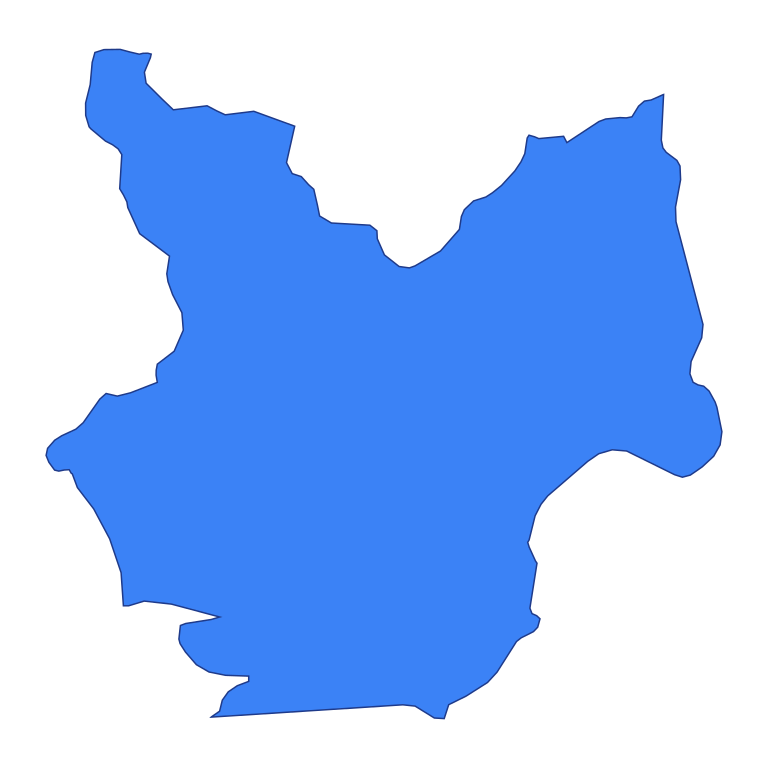 an SVG outline of Choluteca
{"feature_id": "HND-661", "entity_name": "Choluteca", "entity_type": "Department", "adm_level": 1, "iso_a3": "HND", "parent_name": "Honduras", "parent_adm1": "", "projection": "orthographic", "projection_center": [-87.137, 13.37], "detail": "fine", "context": "isolated", "style": "filled", "palette": "blue", "viewbox_px": 768, "rotation_deg": 0, "n_neighbors": 0, "source": "natural_earth", "source_scale": "10m", "svg_char_len": 2325}
<svg xmlns="http://www.w3.org/2000/svg" viewBox="0 0 768 768"><path d="M696.3,471.0L690.3,475.1L682.4,477.2L674.6,474.7L626.6,451.0L612.2,449.8L598.8,453.7L587.8,461.3L547.7,495.9L541.0,504.3L535.1,515.8L529.1,540.0L527.7,542.3L529.2,547.2L535.5,561.0L537.0,563.2L529.9,608.2L532.0,613.6L536.7,615.7L540.0,618.8L537.7,627.2L533.5,631.6L521.2,637.8L516.5,641.5L497.0,672.2L487.5,682.5L466.1,696.1L448.7,704.7L444.2,718.6L434.3,718.0L415.1,706.1L402.8,704.8L211.2,717.1L211.5,716.8L219.6,711.2L222.3,700.2L228.3,691.8L237.3,685.7L248.7,681.4L248.7,676.1L225.6,675.3L209.0,672.0L196.4,664.7L185.5,652.1L180.1,643.7L178.9,639.1L180.4,625.5L185.7,623.5L211.2,619.5L219.7,617.0L171.4,604.1L144.1,601.1L128.6,605.8L123.4,605.8L121.1,572.7L109.7,538.9L93.7,508.9L77.4,487.6L72.3,473.9L71.2,473.2L69.2,469.7L64.3,470.0L58.8,471.1L54.6,470.1L48.9,462.3L46.1,455.4L47.6,448.3L54.7,440.2L61.8,435.7L75.8,429.2L83.2,422.7L99.9,399.0L106.1,393.5L117.3,396.1L130.5,392.8L157.3,382.4L156.1,375.2L156.2,370.2L157.3,364.3L157.3,364.2L174.2,351.2L183.3,330.2L181.9,312.7L172.6,294.6L168.0,281.7L166.8,273.8L169.5,256.1L139.7,233.7L127.8,207.6L126.9,201.9L123.5,195.0L119.7,188.7L121.8,154.6L118.1,148.8L112.5,144.7L105.5,141.1L90.8,128.8L89.1,126.8L85.7,115.4L85.6,103.1L90.2,84.6L92.2,62.3L94.9,52.5L104.0,49.6L120.2,49.4L129.9,52.0L139.3,54.2L143.0,53.3L147.8,53.2L151.2,54.1L150.4,57.7L144.4,72.2L146.1,83.2L162.0,99.0L173.3,109.8L207.1,105.8L217.0,111.0L225.2,114.8L253.8,111.3L294.7,126.2L286.5,162.6L292.2,173.6L301.3,176.6L308.6,184.7L313.8,189.3L317.5,205.5L319.6,216.0L331.4,223.0L369.9,225.2L376.9,230.7L377.3,238.8L384.4,254.9L399.1,266.5L409.4,267.9L415.0,265.9L440.5,251.0L459.4,229.4L461.4,216.5L464.4,209.6L473.6,200.9L485.9,197.0L492.4,192.8L501.5,185.5L514.8,171.0L521.0,161.8L524.8,153.7L527.2,138.0L529.0,135.2L534.6,136.8L538.8,138.6L563.6,136.3L566.9,142.6L599.0,121.5L605.7,119.0L620.0,117.6L626.3,117.9L632.0,116.8L638.6,106.1L644.4,101.1L651.1,100.0L663.0,94.7L663.6,94.5L661.3,140.1L662.9,147.9L666.2,152.3L669.6,154.9L676.9,160.4L680.0,166.0L680.6,179.7L675.5,207.1L676.0,221.7L703.0,324.5L701.7,337.8L691.1,361.5L689.9,373.8L693.1,382.3L698.0,384.9L703.7,386.2L709.1,391.1L715.1,402.0L716.9,407.2L721.9,431.7L720.1,444.9L713.7,456.2L702.3,466.8L696.3,471.0Z" fill="#3b82f6" stroke="#1e3a8a" stroke-width="1.5"/></svg>